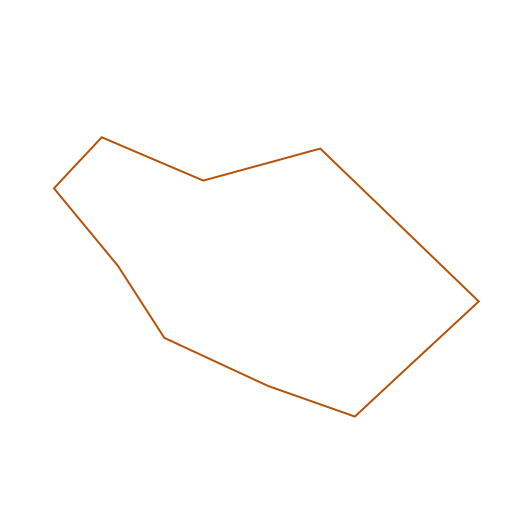 Uliastai, Dzavhan, Mongolia (Mercator projection), rotated 313°
{"feature_id": "93677404B17043071055224", "entity_name": "Uliastai", "entity_type": "district", "adm_level": 2, "iso_a3": "MNG", "parent_name": "Mongolia", "parent_adm1": "Dzavhan", "projection": "mercator", "projection_center": [96.861, 47.747], "detail": "fine", "context": "isolated", "style": "outline", "palette": "amber", "viewbox_px": 512, "rotation_deg": 313, "n_neighbors": 0, "source": "geoboundaries", "source_scale": "gbopen_adm2", "svg_char_len": 786}
<svg xmlns="http://www.w3.org/2000/svg" viewBox="0 0 512 512"><g transform="rotate(313 256 256)"><path d="M376.5,341.8L376.7,332.2L376.8,326.4L376.8,324.3L376.8,322.8L377.0,316.2L377.0,314.7L377.0,311.2L377.1,309.6L377.2,300.8L377.2,300.4L377.4,290.0L377.4,289.4L377.7,271.3L377.7,270.9L377.8,263.9L378.4,229.8L368.7,223.7L344.8,209.0L343.5,208.2L326.3,197.6L322.4,195.2L320.7,194.1L317.3,192.0L312.1,188.8L275.2,166.0L237.6,62.2L208.2,62.2L205.8,62.1L167.7,62.1L154.6,161.9L133.6,244.8L136.0,252.1L138.3,259.1L138.4,259.5L144.4,277.8L149.4,293.1L152.4,302.2L153.3,305.0L154.8,309.6L156.1,313.6L157.9,319.1L158.4,320.6L159.0,322.4L169.3,353.8L206.0,437.8L251.4,441.0L255.3,441.3L263.8,441.9L264.1,441.9L374.7,449.9L376.5,341.8Z" fill="none" stroke="#b45309" stroke-width="2"/></g></svg>